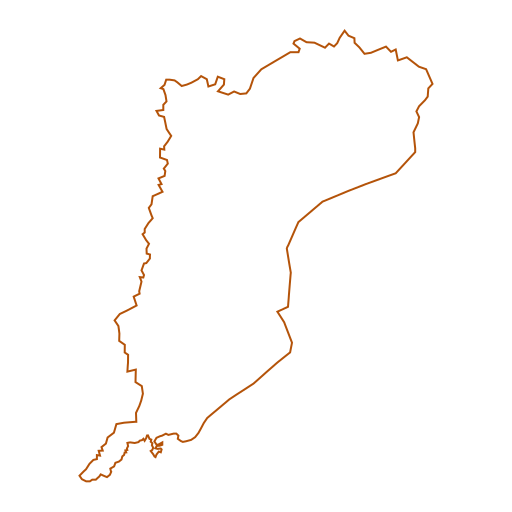 the district of Foya, Lofa, Liberia
{"feature_id": "62588387B94896309973685", "entity_name": "Foya", "entity_type": "district", "adm_level": 2, "iso_a3": "LBR", "parent_name": "Liberia", "parent_adm1": "Lofa", "projection": "orthographic", "projection_center": [-10.242, 8.34], "detail": "fine", "context": "isolated", "style": "outline", "palette": "amber", "viewbox_px": 512, "rotation_deg": 0, "n_neighbors": 0, "source": "geoboundaries", "source_scale": "gbopen_adm2", "svg_char_len": 3645}
<svg xmlns="http://www.w3.org/2000/svg" viewBox="0 0 512 512"><path d="M79.5,475.7L81.9,479.2L86.1,481.3L89.9,481.3L92.2,479.7L95.8,479.7L97.8,477.8L99.3,476.5L100.7,474.4L104.5,476.1L107.0,477.1L109.9,474.8L111.2,471.8L111.0,471.6L110.3,468.6L112.9,467.1L114.1,466.4L115.4,462.8L118.9,461.6L121.5,459.5L122.3,456.4L124.1,454.9L124.6,452.6L126.2,452.4L125.4,450.4L127.3,450.0L126.9,448.5L128.1,446.1L127.4,442.9L129.3,442.5L130.3,442.4L134.7,443.0L138.5,442.1L139.7,440.7L142.1,440.1L143.4,438.8L144.6,440.8L146.2,438.1L147.0,435.5L148.0,435.4L149.5,438.9L151.3,439.6L150.7,441.7L152.4,443.2L151.9,445.2L153.2,447.8L152.3,449.9L150.7,451.0L153.2,454.2L154.5,456.5L155.5,457.1L155.7,456.6L156.5,454.5L158.8,451.6L160.8,452.3L161.6,449.4L160.7,448.5L157.5,448.9L155.4,448.3L156.8,445.9L159.7,445.7L162.3,444.8L162.3,442.4L158.1,444.7L156.5,444.6L154.4,441.4L156.5,437.8L160.1,436.2L162.0,435.7L165.1,434.1L165.9,433.7L168.4,434.9L173.7,433.6L176.3,433.6L178.4,435.6L177.8,438.8L180.8,441.0L181.5,441.3L182.8,441.9L185.9,441.3L191.1,439.9L195.1,437.2L195.9,436.2L198.5,432.9L198.7,432.5L200.7,428.9L203.8,423.0L207.0,418.3L207.2,418.0L209.9,415.7L221.7,405.8L229.4,399.3L236.2,394.8L253.5,383.6L256.8,380.7L266.2,372.3L276.6,363.2L278.4,361.7L284.3,357.0L290.1,352.4L292.0,342.7L285.0,324.5L284.2,322.3L280.3,316.2L277.4,311.7L288.0,306.8L288.7,298.1L288.9,295.2L289.5,287.8L290.6,274.5L290.8,272.7L289.2,263.3L286.8,248.5L287.3,247.0L288.2,245.4L292.9,234.6L295.9,227.7L298.1,222.8L298.3,222.2L312.8,209.9L320.1,203.7L321.7,202.4L322.4,201.7L335.2,196.4L348.4,190.9L363.8,184.9L365.8,184.1L388.4,175.9L389.5,175.5L395.7,173.3L407.2,160.8L415.2,152.1L415.2,148.4L414.4,141.0L413.5,132.3L417.8,123.4L419.1,117.1L416.4,111.4L419.1,106.2L425.0,100.2L427.7,96.6L428.3,88.4L432.5,83.9L426.1,69.2L418.9,66.7L406.8,57.3L398.9,60.1L397.9,60.4L395.7,49.5L391.0,51.8L386.0,46.6L377.9,49.9L370.9,52.8L364.5,53.8L359.3,47.3L356.6,44.7L354.6,42.8L354.4,38.2L348.5,35.7L344.6,30.7L339.7,37.8L337.2,43.2L334.0,46.5L330.6,44.5L329.0,43.6L325.0,47.7L314.5,42.7L313.1,42.6L306.5,42.2L300.0,38.5L294.5,41.1L293.5,43.6L299.7,48.7L298.5,52.2L290.3,52.2L283.2,56.4L275.0,61.2L261.3,69.3L253.5,78.0L249.9,88.7L246.3,93.4L240.2,94.0L234.1,91.5L228.2,94.6L223.2,93.0L218.0,91.3L223.9,84.6L224.3,79.2L217.8,76.7L215.2,84.3L208.4,86.5L206.8,79.2L201.1,76.1L198.2,78.9L197.9,79.2L191.4,82.7L186.8,84.6L181.7,86.0L177.3,82.3L174.6,80.4L169.8,79.7L166.2,79.7L164.5,84.9L160.7,88.2L163.4,89.1L165.5,95.1L166.5,101.4L165.4,102.6L163.3,104.8L163.3,110.0L156.5,110.9L159.0,115.5L164.1,116.9L165.2,122.1L166.6,129.0L169.1,132.8L171.2,135.9L167.6,141.8L164.1,146.3L164.3,149.6L160.1,148.7L160.0,157.5L167.0,160.0L167.8,163.6L163.8,168.6L164.6,169.9L165.3,171.1L164.6,175.9L158.5,178.4L161.5,184.1L158.6,184.9L162.5,191.8L152.7,196.2L151.5,204.3L148.8,207.9L151.5,215.4L152.7,218.2L150.9,220.3L148.5,223.0L144.7,229.0L144.7,232.5L142.6,234.2L146.1,240.1L149.0,243.8L146.5,248.6L146.7,253.6L150.0,254.5L149.9,256.5L149.9,258.5L146.3,263.1L144.0,263.5L141.5,270.4L144.0,275.0L143.3,277.5L139.8,277.1L141.5,281.6L139.2,291.2L139.6,293.7L133.7,296.6L134.0,297.6L136.6,305.5L126.7,310.7L119.8,314.0L114.6,320.4L118.4,326.0L118.9,329.6L119.4,333.6L119.2,340.9L124.8,344.8L124.7,352.5L128.1,354.8L128.0,362.9L127.8,365.2L127.4,371.6L135.8,369.6L135.5,382.1L141.8,386.1L142.9,393.7L141.2,400.6L139.3,406.0L136.0,412.9L136.3,421.8L135.2,421.8L124.1,422.7L116.4,424.1L114.2,431.7L113.9,432.7L107.6,437.5L105.9,443.6L101.5,447.1L102.7,450.6L98.7,450.8L100.0,455.6L96.9,455.1L96.9,459.1L93.4,459.9L89.5,463.8L86.0,469.3L83.8,471.3L79.5,475.7Z" fill="none" stroke="#b45309" stroke-width="2"/></svg>